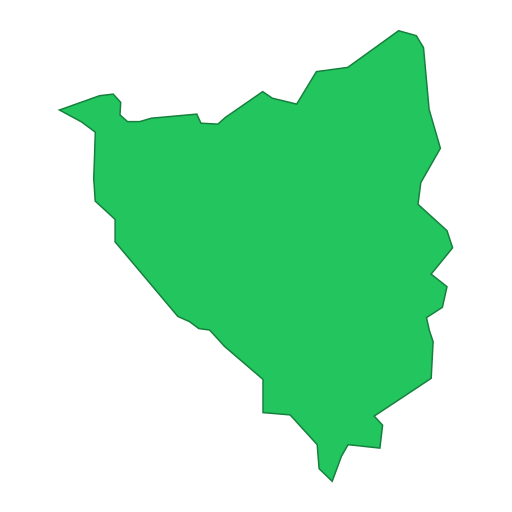 Mat, Dibër, Albania
{"feature_id": "67620474B55788488782298", "entity_name": "Mat", "entity_type": "district", "adm_level": 2, "iso_a3": "ALB", "parent_name": "Albania", "parent_adm1": "Dibër", "projection": "robinson", "projection_center": [19.995, 41.564], "detail": "fine", "context": "isolated", "style": "filled", "palette": "green", "viewbox_px": 512, "rotation_deg": 0, "n_neighbors": 0, "source": "geoboundaries", "source_scale": "gbopen_adm2", "svg_char_len": 894}
<svg xmlns="http://www.w3.org/2000/svg" viewBox="0 0 512 512"><path d="M59.4,110.0L81.5,121.9L95.3,132.2L94.4,160.2L93.7,179.0L94.1,184.0L95.2,201.1L115.1,219.4L115.1,241.9L177.8,316.4L184.7,319.5L187.4,320.7L189.3,321.5L190.9,322.7L198.9,328.6L205.6,329.5L209.6,330.0L211.6,332.2L215.0,335.9L224.5,346.4L263.0,379.4L263.0,412.6L290.1,414.9L317.2,444.7L319.1,468.7L332.2,481.3L341.5,456.1L348.1,444.7L379.9,448.1L382.6,425.2L374.2,416.1L431.2,378.3L433.1,341.7L429.3,330.2L426.5,317.6L442.4,307.3L447.0,286.7L431.1,274.1L439.5,263.9L452.6,247.8L447.0,230.7L418.0,204.3L420.8,182.6L440.4,148.3L429.1,109.4L423.5,47.6L416.3,35.7L398.6,30.7L347.7,67.4L316.4,71.6L296.7,104.1L272.3,98.2L262.7,91.6L225.4,117.4L217.9,124.1L200.9,123.2L196.8,114.1L151.3,118.2L139.7,121.6L127.5,121.6L120.0,114.9L120.7,102.4L113.2,94.1L99.6,95.7L59.4,110.0Z" fill="#22c55e" stroke="#15803d" stroke-width="1.5"/></svg>